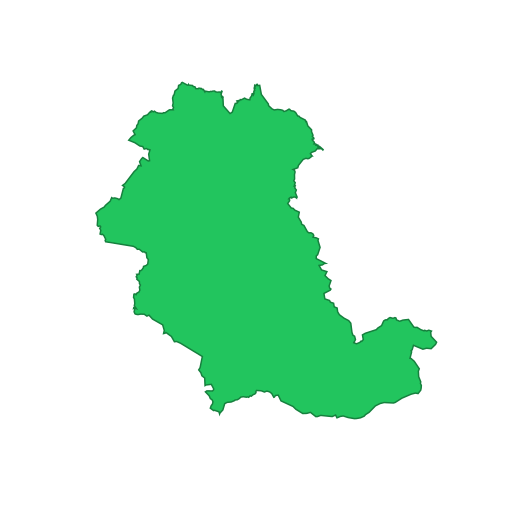 Lifford-Stranorlar Lea-6, Donegal, Ireland (Mercator projection), rotated 69°
{"feature_id": "5873133B69749427395931", "entity_name": "Lifford-Stranorlar Lea-6", "entity_type": "district", "adm_level": 2, "iso_a3": "IRL", "parent_name": "Ireland", "parent_adm1": "Donegal", "projection": "mercator", "projection_center": [-7.813, 54.836], "detail": "fine", "context": "isolated", "style": "filled", "palette": "green", "viewbox_px": 512, "rotation_deg": 69, "n_neighbors": 0, "source": "geoboundaries", "source_scale": "gbopen_adm2", "svg_char_len": 6087}
<svg xmlns="http://www.w3.org/2000/svg" viewBox="0 0 512 512"><g transform="rotate(69 256 256)"><path d="M369.9,136.4L368.5,141.8L368.4,145.3L366.0,147.7L364.0,147.6L363.3,148.4L363.3,150.4L361.5,152.9L361.8,155.0L362.6,156.1L362.0,158.2L362.4,160.1L366.0,163.7L366.9,168.1L367.9,170.1L367.3,181.7L367.8,184.9L372.5,185.8L373.6,187.9L373.1,188.4L373.9,190.1L374.0,193.6L372.0,195.8L369.7,193.1L366.2,192.7L364.7,193.9L361.7,193.8L352.7,191.6L349.6,192.6L345.6,196.1L340.7,199.2L337.4,199.8L333.6,198.9L331.5,201.2L327.9,200.5L325.8,203.1L323.9,203.3L320.7,207.1L315.3,206.0L314.5,199.0L313.7,197.9L312.5,198.7L310.2,198.5L305.8,194.8L303.1,196.8L299.0,198.6L296.0,195.4L292.5,199.8L287.4,200.5L288.1,197.3L287.5,194.8L287.8,193.7L280.0,200.7L277.5,199.7L276.9,198.0L270.9,193.1L263.8,192.6L262.4,191.6L260.6,193.3L258.9,196.0L257.4,194.7L255.6,195.0L254.0,196.4L253.4,198.2L251.9,199.3L244.7,200.3L242.7,202.0L240.5,201.6L234.9,202.6L230.6,199.9L227.0,203.4L224.9,204.2L223.8,205.9L218.4,207.6L216.4,204.8L214.7,204.4L214.4,204.9L213.8,203.8L213.7,202.7L214.1,202.5L213.8,202.1L214.6,201.8L214.4,199.9L215.0,198.3L216.4,197.4L215.7,197.1L215.7,196.5L211.0,196.6L208.8,194.7L206.5,195.4L204.7,194.5L204.5,195.0L204.1,194.2L203.6,194.7L201.6,193.1L199.3,193.8L198.0,192.4L193.8,190.9L191.5,189.4L189.7,189.4L188.5,190.4L188.6,185.4L186.6,183.9L182.7,177.3L182.7,174.4L183.8,172.7L183.9,171.6L183.3,169.2L182.6,168.3L182.8,167.7L180.0,168.6L179.2,167.0L179.2,163.0L177.8,160.6L179.3,156.4L181.0,155.6L180.7,155.2L176.7,157.3L177.5,158.0L177.0,159.0L176.5,158.2L174.8,158.5L175.2,159.2L174.5,159.3L174.2,160.1L173.8,159.5L172.9,160.1L172.1,161.6L171.7,160.9L170.4,160.9L167.7,161.9L167.0,161.6L167.5,160.3L166.8,159.7L164.4,160.5L163.7,159.5L159.9,159.6L158.1,158.9L153.1,161.0L148.6,160.7L148.6,161.3L146.7,161.3L142.4,165.2L140.7,165.9L140.3,166.9L136.2,167.6L134.3,168.8L132.9,171.3L131.0,172.1L130.7,172.6L131.3,175.8L131.1,178.2L129.6,178.8L128.3,180.6L126.9,183.3L126.2,186.6L124.6,188.2L120.1,190.4L118.5,190.0L107.1,193.1L98.0,191.4L97.5,193.3L96.2,193.3L96.1,194.0L97.5,194.6L96.6,194.5L96.6,195.6L96.1,195.9L96.9,196.5L97.8,196.1L98.2,197.2L99.2,197.0L99.2,197.7L101.0,197.9L101.3,198.9L103.7,199.8L104.4,200.5L103.2,200.4L103.3,201.6L104.4,201.4L104.3,202.4L105.0,202.6L106.2,204.7L108.0,205.8L106.4,208.5L104.5,210.1L104.9,213.5L104.3,214.7L105.0,215.4L104.9,216.4L105.4,217.2L104.6,216.9L104.4,218.3L105.5,218.1L106.6,219.3L106.1,220.7L113.2,226.6L113.7,229.2L104.1,232.7L97.4,230.5L95.7,231.0L96.2,230.0L95.9,229.8L94.2,230.7L92.6,230.7L90.1,228.7L89.7,229.0L90.7,230.4L89.7,231.5L89.2,233.5L88.0,235.2L87.2,235.4L86.6,237.1L86.6,238.4L86.1,239.2L86.0,240.9L83.9,244.3L84.5,244.9L81.7,245.4L81.8,245.9L80.0,247.0L80.1,247.5L79.3,248.1L78.8,249.4L79.1,249.9L78.2,252.2L76.1,252.4L75.4,253.8L74.1,254.1L72.3,257.6L71.8,257.6L72.1,257.9L72.0,258.7L67.5,262.6L67.6,263.4L68.9,264.9L69.0,267.1L71.7,268.7L72.9,272.5L76.2,274.7L76.4,275.5L78.7,277.3L83.5,278.5L85.9,280.1L87.7,279.7L89.1,281.0L89.8,280.9L88.5,284.5L89.7,289.6L89.1,290.9L89.3,292.3L87.6,296.0L86.1,297.9L84.4,298.9L84.6,300.3L83.1,301.3L83.4,302.8L84.0,302.7L83.9,304.0L85.3,306.7L85.2,310.7L86.5,312.7L87.9,317.2L90.3,318.7L91.4,320.5L93.5,321.7L95.2,325.9L99.4,325.4L99.4,326.7L100.6,330.3L102.3,333.3L106.8,328.5L111.7,325.0L113.2,322.5L116.1,322.1L116.4,319.7L118.0,318.7L117.8,318.4L118.9,316.9L122.5,319.7L128.9,321.2L128.7,322.5L123.5,326.4L124.1,327.9L126.2,330.9L130.6,331.0L129.4,333.1L132.1,336.0L133.5,339.5L141.4,352.2L142.3,355.3L144.2,354.0L145.1,354.3L145.4,355.6L153.5,361.4L154.3,363.7L153.0,364.5L151.2,367.0L150.7,369.2L149.8,369.8L152.6,372.5L154.8,378.5L155.9,380.1L156.5,384.4L158.6,390.1L162.0,389.9L165.2,390.7L170.4,393.2L171.8,392.7L172.0,390.9L172.7,390.5L173.7,391.0L174.1,392.0L176.4,391.7L179.6,393.7L180.6,392.6L180.6,391.6L182.4,390.7L186.6,390.3L187.3,391.2L188.8,391.3L203.0,367.0L205.1,365.2L207.2,364.4L207.9,362.5L211.6,360.4L212.2,358.5L213.3,358.2L213.7,357.3L218.5,358.5L220.7,357.8L224.8,360.0L225.5,362.0L225.4,364.7L226.6,365.4L228.0,367.5L228.4,368.8L228.0,369.7L231.0,371.6L230.4,373.9L231.2,373.7L232.5,375.3L233.9,374.8L234.9,375.6L238.0,374.0L240.1,374.7L241.7,374.3L243.2,376.0L246.3,376.7L247.6,378.1L248.1,380.8L249.1,381.8L248.1,382.5L247.8,383.4L248.0,383.7L250.9,385.2L252.4,384.9L256.9,386.2L258.8,387.4L262.2,386.6L260.4,388.6L261.0,389.0L260.9,388.2L261.6,387.9L264.4,389.8L266.6,389.7L267.4,388.9L268.4,387.2L268.9,384.5L270.3,381.2L273.0,379.4L272.9,377.1L277.8,375.2L286.8,367.8L292.6,368.3L295.3,370.1L295.5,368.4L295.1,367.5L300.8,363.8L306.8,362.9L307.4,360.7L310.4,357.7L330.6,342.1L340.2,348.2L341.8,350.3L345.1,349.3L348.5,349.4L351.5,347.6L358.7,350.0L358.5,348.8L359.8,343.7L364.8,343.1L365.7,343.5L366.4,345.0L364.3,350.2L364.7,351.9L369.7,349.8L372.9,349.7L374.2,348.6L376.7,348.4L378.8,349.9L379.5,351.3L381.7,353.2L385.1,351.0L385.2,350.0L388.2,346.4L390.4,346.6L389.8,346.1L387.8,342.1L382.6,338.1L382.3,335.3L383.4,331.5L383.3,327.7L382.9,327.1L383.5,325.0L383.1,322.6L382.3,320.8L382.8,318.3L384.4,315.5L384.5,314.4L385.3,313.5L384.4,311.5L385.2,310.7L384.4,308.3L384.4,306.5L383.6,305.0L382.8,305.0L381.7,303.7L383.7,299.4L386.0,296.9L386.0,294.3L387.7,292.0L390.0,290.6L394.3,290.0L394.3,289.4L393.2,287.8L393.9,285.1L400.2,284.6L409.8,275.3L413.4,273.7L419.8,268.8L421.1,265.1L421.5,261.2L427.4,257.7L427.9,256.2L428.0,252.7L433.2,242.4L433.0,238.7L436.1,238.4L436.0,234.7L436.6,231.9L439.8,227.9L443.1,222.4L443.7,220.6L444.5,216.4L444.3,212.4L443.3,210.5L442.5,206.5L438.7,198.2L438.2,192.9L438.7,188.9L442.5,180.3L442.6,178.6L441.0,170.7L440.6,160.6L441.1,156.3L442.5,154.0L440.3,150.3L438.4,149.1L436.0,148.0L434.0,148.2L432.5,147.3L427.0,147.4L421.7,145.7L419.8,144.0L411.0,146.0L407.2,148.0L406.7,148.9L401.3,145.1L399.9,145.1L399.6,143.9L395.8,141.0L402.8,133.6L403.2,129.8L405.3,125.7L402.9,120.1L401.2,118.3L393.8,121.3L389.9,120.3L389.0,119.1L387.2,121.3L387.2,123.5L385.8,125.2L386.1,125.8L385.8,126.3L383.9,128.5L380.3,131.2L379.8,132.9L379.0,134.1L369.9,136.4Z" fill="#22c55e" stroke="#15803d" stroke-width="1.5"/></g></svg>